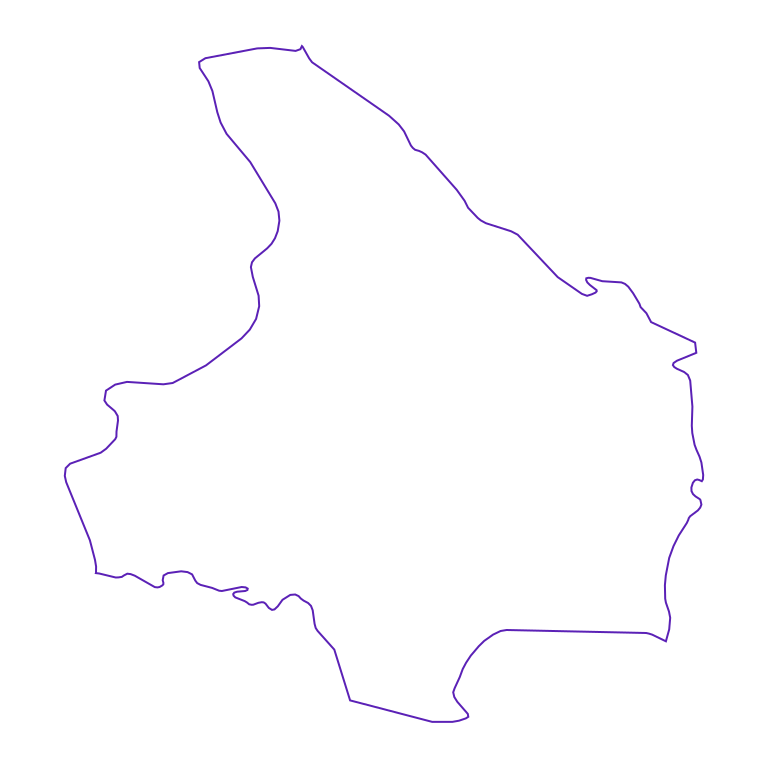 the border of Värmland
{"feature_id": "SWE-188", "entity_name": "Värmland", "entity_type": "County", "adm_level": 1, "iso_a3": "SWE", "parent_name": "Sweden", "parent_adm1": "", "projection": "natural_earth1", "projection_center": [13.103, 59.9], "detail": "fine", "context": "isolated", "style": "outline", "palette": "violet", "viewbox_px": 768, "rotation_deg": 0, "n_neighbors": 0, "source": "natural_earth", "source_scale": "10m", "svg_char_len": 2911}
<svg xmlns="http://www.w3.org/2000/svg" viewBox="0 0 768 768"><path d="M295.6,50.9L300.4,49.2L301.9,46.1L302.7,46.9L309.2,58.4L312.1,62.3L389.0,115.7L398.7,124.4L404.1,131.4L410.9,145.5L412.8,147.9L415.1,149.8L419.0,150.9L422.1,152.3L425.6,154.6L456.7,189.8L464.6,200.8L468.1,207.8L468.6,208.3L477.7,217.9L480.8,220.4L485.9,223.2L511.2,231.3L517.7,234.7L557.7,277.1L581.9,293.9L587.1,295.8L591.8,294.3L595.5,292.6L596.7,291.3L596.6,290.2L589.8,284.9L587.3,282.4L586.1,279.9L586.3,278.3L588.3,277.8L590.5,277.9L602.3,281.2L621.4,282.4L625.0,283.9L628.3,286.7L633.1,293.2L639.4,303.7L640.6,307.1L646.4,313.2L651.1,322.1L695.1,342.6L696.3,352.8L677.0,360.7L673.6,363.0L672.9,365.1L674.2,367.0L676.8,368.7L684.1,372.0L687.9,375.0L690.2,380.6L692.4,406.6L691.8,425.8L692.3,433.1L694.6,444.8L696.5,449.9L699.5,456.6L701.4,462.5L703.2,475.0L702.9,479.4L701.8,481.2L699.2,480.0L697.2,479.5L694.9,480.3L692.9,482.8L691.4,487.5L691.5,491.1L693.0,494.1L695.5,496.4L699.7,499.1L700.4,500.0L701.4,504.6L700.2,507.6L697.9,510.4L690.2,516.2L688.8,518.1L688.2,520.0L686.8,523.0L678.8,535.4L673.5,546.1L669.2,557.9L665.8,575.4L664.9,585.2L665.2,598.7L665.9,602.6L669.0,611.6L670.2,617.8L669.2,629.4L665.9,641.3L652.1,634.6L648.9,633.6L646.2,633.0L506.6,630.0L500.6,631.0L493.1,634.6L484.2,640.9L478.8,646.2L470.8,655.6L466.1,662.7L462.7,669.1L459.8,677.0L454.6,688.3L453.2,692.3L454.3,697.0L457.3,701.8L467.8,713.9L468.3,716.8L465.8,718.4L459.0,720.7L452.2,721.9L432.3,721.9L350.1,700.4L334.3,649.6L317.6,630.9L315.7,628.0L314.6,623.9L312.7,610.3L311.0,605.9L308.1,603.0L303.6,600.6L300.9,598.6L298.6,596.1L295.2,594.5L290.3,594.9L282.5,599.8L277.8,606.3L274.5,609.4L272.0,609.9L268.8,607.9L265.5,603.6L263.7,602.4L261.8,602.2L258.4,602.8L253.3,604.7L251.7,604.8L249.2,604.3L247.0,602.5L244.7,601.1L235.3,597.4L233.6,595.7L233.2,594.1L234.3,592.6L237.1,591.7L245.2,591.0L247.4,590.0L247.7,588.6L245.6,587.4L241.7,587.0L221.9,591.0L219.1,590.7L212.1,587.9L200.6,584.9L197.2,583.1L195.3,580.6L192.1,574.4L187.6,572.1L181.2,571.3L167.9,573.1L163.6,575.5L162.7,580.2L163.4,582.8L163.3,584.4L162.2,585.5L159.6,587.0L157.5,587.4L154.8,587.1L134.8,575.7L130.6,574.1L127.3,573.7L124.0,575.4L121.8,576.9L118.4,577.4L115.7,577.5L99.2,573.5L95.9,573.1L96.0,572.8L96.1,566.6L95.0,559.9L89.9,540.3L66.2,482.2L64.8,475.9L65.7,468.1L70.1,463.7L100.7,452.7L106.2,448.7L115.2,439.2L116.4,436.8L116.5,431.6L118.0,420.5L117.7,416.0L114.9,411.3L113.6,410.1L107.1,404.6L104.4,400.5L106.0,390.6L111.7,386.9L115.2,384.6L127.0,381.9L163.4,384.3L172.7,383.0L206.0,365.4L241.5,338.4L249.8,329.6L256.1,318.9L259.2,306.2L258.6,295.7L252.8,276.9L250.9,267.1L252.0,262.3L254.9,258.4L267.1,248.4L271.5,243.8L275.0,238.2L277.7,231.2L279.4,220.7L278.5,211.6L275.3,203.3L250.2,162.0L226.6,133.9L220.6,122.5L217.3,112.2L212.4,91.0L208.4,81.3L199.7,68.0L199.1,62.1L205.4,58.2L257.2,48.4L270.2,47.9L295.6,50.9Z" fill="none" stroke="#5b21b6" stroke-width="2"/></svg>